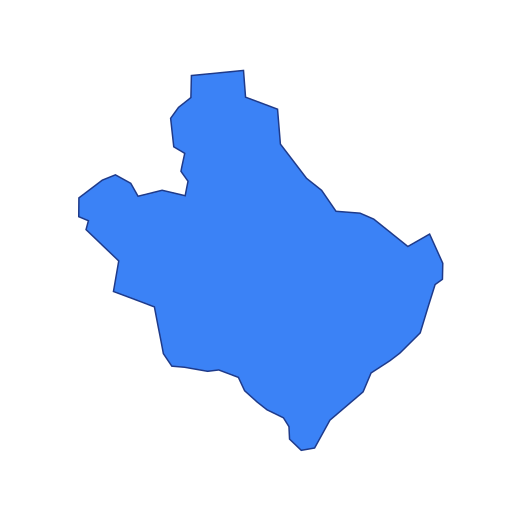 Pukë, Shkodër, Albania (Mercator projection), rotated 105°
{"feature_id": "67620474B73280275449109", "entity_name": "Pukë", "entity_type": "district", "adm_level": 2, "iso_a3": "ALB", "parent_name": "Albania", "parent_adm1": "Shkodër", "projection": "mercator", "projection_center": [19.995, 42.061], "detail": "fine", "context": "isolated", "style": "filled", "palette": "blue", "viewbox_px": 512, "rotation_deg": 105, "n_neighbors": 0, "source": "geoboundaries", "source_scale": "gbopen_adm2", "svg_char_len": 1048}
<svg xmlns="http://www.w3.org/2000/svg" viewBox="0 0 512 512"><g transform="rotate(105 256 256)"><path d="M384.2,308.8L382.0,296.5L379.9,272.9L375.7,262.5L377.8,241.6L389.1,232.1L396.8,217.0L401.7,205.6L405.2,187.6L412.3,180.0L424.2,176.2L432.0,162.0L426.3,149.7L395.4,142.1L359.5,117.4L339.2,114.6L322.3,99.4L312.4,91.8L287.8,77.5L260.4,76.6L237.2,75.6L230.2,69.9L214.7,73.7L189.9,94.0L207.5,111.8L189.9,151.8L187.7,166.6L192.1,190.3L175.6,209.6L167.9,227.3L141.6,261.4L108.6,273.2L105.3,307.2L80.0,316.1L91.8,347.5L98.4,365.1L119.8,359.9L132.5,369.3L145.1,374.1L171.8,363.7L173.7,357.0L175.3,351.4L189.6,350.7L193.6,350.4L195.3,348.4L198.0,345.1L201.4,341.0L207.9,340.6L212.2,340.3L216.1,340.0L216.8,363.7L228.8,385.4L218.2,395.8L214.0,412.8L222.5,424.1L245.7,442.1L263.9,437.4L264.6,432.1L264.9,430.1L265.3,427.0L268.2,427.0L271.1,427.0L274.5,427.0L296.3,387.3L327.2,384.5L329.8,357.3L331.3,342.7L331.4,341.0L340.5,336.6L350.2,331.9L357.1,328.5L368.0,323.2L374.3,320.2L384.2,308.8Z" fill="#3b82f6" stroke="#1e3a8a" stroke-width="1.5"/></g></svg>